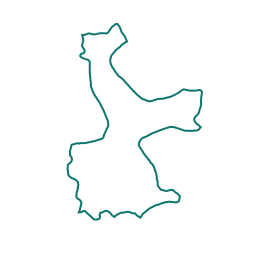 San Marcos, San Marcos, Guatemala (Mercator projection), rotated 196°
{"feature_id": "79465075B32898701467657", "entity_name": "San Marcos", "entity_type": "district", "adm_level": 2, "iso_a3": "GTM", "parent_name": "Guatemala", "parent_adm1": "San Marcos", "projection": "mercator", "projection_center": [-91.831, 14.993], "detail": "fine", "context": "isolated", "style": "outline", "palette": "teal", "viewbox_px": 256, "rotation_deg": 196, "n_neighbors": 0, "source": "geoboundaries", "source_scale": "gbopen_adm2", "svg_char_len": 3229}
<svg xmlns="http://www.w3.org/2000/svg" viewBox="0 0 256 256"><g transform="rotate(196 128 128)"><path d="M152.0,33.4L151.0,33.9L150.3,34.0L149.6,34.2L149.1,34.7L148.6,35.4L147.7,36.0L145.9,36.1L144.7,35.3L138.9,32.6L137.1,31.4L135.4,30.8L133.0,31.2L130.6,32.8L130.4,35.1L131.3,36.2L131.3,38.8L129.9,39.5L126.8,42.1L125.5,42.6L122.0,41.7L118.9,39.4L116.3,38.8L115.7,40.5L114.4,41.8L111.3,44.8L109.7,45.0L107.0,46.6L104.1,47.7L100.2,47.3L97.5,47.9L95.7,46.5L91.3,45.2L90.0,49.9L89.2,50.7L85.1,56.7L82.7,58.9L81.7,60.0L78.5,62.4L77.9,62.4L75.2,64.7L70.2,67.7L69.4,67.7L68.3,68.5L61.3,69.7L59.5,70.8L59.0,71.7L59.1,74.4L59.2,76.5L59.5,76.9L60.8,77.6L62.5,78.7L64.7,79.2L67.4,80.7L69.7,80.4L70.9,79.6L71.9,79.1L73.8,77.9L79.6,77.8L83.7,81.1L85.0,85.3L86.0,86.4L86.9,88.9L88.3,91.9L88.8,92.7L92.8,98.3L95.1,100.2L96.0,100.4L99.0,103.1L99.6,103.1L100.0,103.7L102.5,105.4L105.7,107.7L107.5,109.6L109.5,111.2L111.6,113.1L113.0,114.7L113.3,117.9L113.0,118.6L112.1,121.3L110.8,122.9L109.0,124.0L103.3,129.5L94.2,136.4L90.2,139.1L87.3,140.9L83.3,141.5L72.3,141.1L68.8,142.1L65.7,142.8L63.6,143.8L60.9,144.7L59.5,146.1L58.4,148.9L60.8,150.1L63.4,151.1L65.1,152.4L66.3,153.5L66.9,155.1L66.3,157.5L64.3,161.1L64.0,170.5L65.2,173.5L66.1,178.0L66.7,182.8L67.5,183.6L68.8,184.3L69.8,184.2L71.1,183.6L73.0,182.7L75.5,181.9L78.3,181.1L80.8,180.8L82.8,180.6L85.0,180.6L86.4,179.4L87.6,177.8L89.1,175.9L91.6,173.3L95.6,169.8L102.7,165.7L107.2,164.2L109.4,162.7L112.1,160.9L115.1,159.4L122.4,159.9L124.3,160.7L128.5,162.6L133.5,165.4L135.0,166.3L136.6,167.2L137.7,168.0L139.8,169.3L144.0,171.9L145.9,173.2L148.0,174.2L151.6,175.4L156.8,179.5L159.6,182.0L161.4,183.8L163.3,186.6L164.0,189.8L163.9,193.1L161.9,197.8L159.9,201.6L158.4,203.1L157.5,205.1L156.3,207.1L155.3,208.3L152.8,210.9L156.4,215.2L160.4,218.2L164.1,223.2L167.1,225.2L168.8,224.2L169.9,222.6L171.1,221.0L171.7,219.4L172.4,217.6L173.0,215.4L173.7,214.1L174.7,213.0L178.6,212.1L181.7,211.1L183.0,210.3L186.2,208.6L188.7,208.3L190.9,208.3L192.1,207.9L193.2,207.0L194.5,206.3L195.8,205.1L197.6,204.9L196.7,202.9L195.9,201.8L195.1,199.9L195.0,195.9L195.0,194.8L194.6,194.1L193.6,192.9L192.4,192.0L191.0,190.6L190.8,189.9L190.9,188.8L191.0,188.2L191.3,187.7L191.8,187.2L192.7,187.0L193.3,186.6L193.6,185.8L193.9,184.6L193.7,183.9L193.2,183.4L191.3,182.8L187.9,182.5L185.8,182.6L184.7,182.3L183.8,181.8L182.9,180.8L180.1,170.9L177.6,164.6L175.9,160.3L175.6,159.1L174.7,157.3L173.0,154.9L171.1,152.5L170.4,151.6L169.4,150.7L167.4,148.9L165.5,147.2L163.5,145.6L161.7,143.9L160.7,142.8L158.7,140.7L156.4,138.2L154.3,135.6L153.0,133.9L151.3,131.7L149.5,129.6L148.8,128.0L148.0,126.0L147.6,124.6L147.6,123.9L147.8,122.7L148.1,121.6L148.3,120.9L148.4,120.1L148.5,119.0L148.6,117.9L149.1,115.2L149.1,112.2L150.1,110.4L158.4,105.1L159.4,104.7L165.4,101.5L170.0,100.2L170.3,99.7L172.9,99.2L177.6,96.3L177.3,89.2L176.2,85.8L174.5,84.7L173.1,82.1L173.3,79.8L175.6,76.1L174.8,71.6L173.9,70.3L173.8,69.4L173.3,68.7L172.6,66.7L171.0,65.4L168.5,64.4L164.2,63.9L162.5,63.1L161.1,62.0L160.9,60.9L160.1,60.1L159.9,56.9L159.5,56.5L159.5,51.4L158.8,47.8L157.1,46.2L154.9,45.7L153.2,44.7L152.0,42.8L152.1,40.7L151.8,40.2L152.0,38.8L151.7,35.9L152.0,33.4Z" fill="none" stroke="#0f766e" stroke-width="2"/></g></svg>